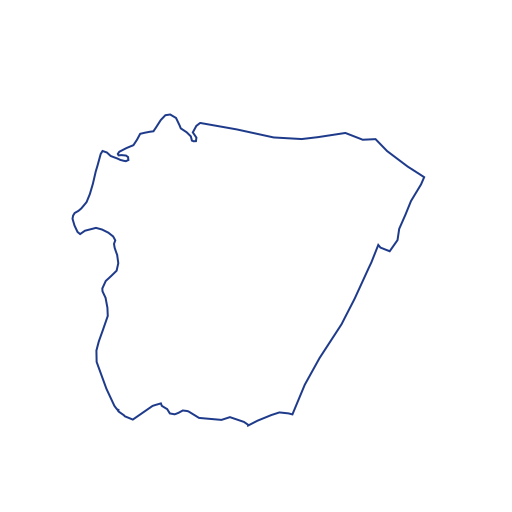 B'hai, Grand Gedeh, Liberia (Albers equal-area conic projection), rotated 252°
{"feature_id": "62588387B62156042060365", "entity_name": "B'hai", "entity_type": "district", "adm_level": 2, "iso_a3": "LBR", "parent_name": "Liberia", "parent_adm1": "Grand Gedeh", "projection": "albers", "projection_center": [-8.508, 6.351], "detail": "fine", "context": "isolated", "style": "outline", "palette": "blue", "viewbox_px": 512, "rotation_deg": 252, "n_neighbors": 0, "source": "geoboundaries", "source_scale": "gbopen_adm2", "svg_char_len": 1896}
<svg xmlns="http://www.w3.org/2000/svg" viewBox="0 0 512 512"><g transform="rotate(252 256 256)"><path d="M151.8,76.9L150.5,77.3L145.3,81.2L144.1,81.7L138.5,88.3L140.0,93.3L145.4,111.3L145.4,114.0L145.2,120.0L143.1,120.1L142.6,120.1L138.5,123.6L137.9,124.2L132.9,125.4L130.6,129.7L130.6,130.8L130.8,133.9L131.7,138.6L129.9,142.5L129.0,143.8L119.6,151.8L110.8,172.5L110.8,177.8L110.8,181.4L101.9,193.3L99.0,195.5L98.0,196.3L97.2,196.1L98.9,206.5L100.0,221.5L100.0,229.9L96.3,238.2L94.1,241.7L95.4,242.8L118.5,262.6L139.4,285.0L159.6,310.0L164.7,316.3L170.7,322.3L183.0,334.7L185.0,336.7L210.1,359.8L214.1,363.6L228.7,375.7L225.5,377.0L219.2,384.6L227.4,395.5L237.6,400.6L249.0,410.8L260.4,420.4L273.1,435.1L279.0,440.3L294.3,427.8L295.3,427.1L315.3,413.1L330.2,405.8L333.6,393.4L335.2,391.5L339.2,386.6L345.4,379.0L349.9,351.6L353.1,335.6L363.3,309.4L382.3,276.9L399.7,244.2L399.7,243.7L398.2,239.5L393.1,234.1L387.0,235.9L383.8,234.4L384.4,232.1L385.6,230.7L389.9,231.0L395.1,228.3L400.6,223.9L403.6,223.7L412.0,222.6L417.1,218.1L417.9,213.3L414.7,207.4L409.7,201.3L406.3,197.0L407.0,193.2L407.6,188.3L408.0,183.6L403.4,178.8L399.3,173.7L398.7,166.3L397.4,158.2L395.8,156.1L394.2,156.4L393.5,159.3L391.7,163.4L389.6,164.9L387.8,164.5L386.7,164.3L386.4,161.5L387.5,159.5L389.2,156.8L391.7,154.1L396.0,148.7L400.5,146.2L403.3,142.5L401.0,139.8L391.1,133.3L385.9,129.7L375.1,123.2L366.2,117.1L359.6,111.5L355.2,104.5L353.8,101.1L352.9,96.8L350.9,94.5L348.1,93.0L341.1,92.8L334.0,93.7L331.2,95.5L332.9,101.1L332.2,112.5L328.8,117.7L323.8,122.8L318.7,126.2L314.4,127.0L311.4,124.7L307.5,124.1L301.8,124.2L300.0,124.3L291.7,122.8L285.1,118.9L281.7,112.0L278.7,105.4L272.6,99.8L269.8,99.1L262.7,100.0L252.7,98.7L244.8,96.5L232.5,87.2L223.6,80.3L221.0,78.6L215.4,75.0L204.5,71.7L176.0,72.7L157.3,75.0L156.1,75.4L153.5,76.3L152.1,77.5L151.8,76.9Z" fill="none" stroke="#1e3a8a" stroke-width="2"/></g></svg>